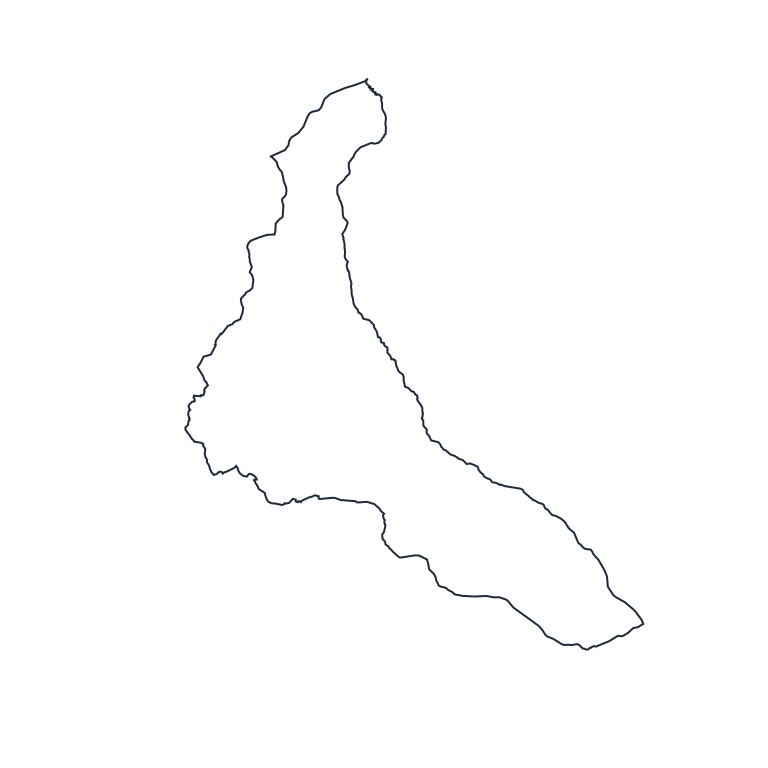 Marga, Caras-Severin, Romania (orthographic projection), rotated 348°
{"feature_id": "2599482B48275868518919", "entity_name": "Marga", "entity_type": "district", "adm_level": 2, "iso_a3": "ROU", "parent_name": "Romania", "parent_adm1": "Caras-Severin", "projection": "orthographic", "projection_center": [22.506, 45.504], "detail": "fine", "context": "isolated", "style": "outline", "palette": "slate", "viewbox_px": 768, "rotation_deg": 348, "n_neighbors": 0, "source": "geoboundaries", "source_scale": "gbopen_adm2", "svg_char_len": 6137}
<svg xmlns="http://www.w3.org/2000/svg" viewBox="0 0 768 768"><g transform="rotate(348 384 384)"><path d="M587.7,672.6L587.1,668.7L583.1,659.8L581.1,656.4L574.1,647.4L566.9,641.1L564.5,638.3L560.8,628.9L562.1,618.6L560.7,611.2L557.2,600.6L553.5,594.2L552.8,591.2L551.8,589.0L546.7,587.2L544.9,585.6L543.0,582.1L541.6,580.7L540.9,579.2L538.9,568.6L536.2,565.6L534.5,563.0L532.3,556.6L529.4,552.8L524.9,548.9L521.7,547.4L520.6,546.2L517.8,540.7L516.6,540.1L515.7,538.6L515.0,535.2L513.2,533.7L510.7,532.5L506.7,528.9L505.5,528.4L504.9,527.0L502.6,524.6L502.3,523.8L498.5,519.1L497.7,516.3L495.8,514.8L481.2,509.1L476.9,506.5L476.4,506.8L473.3,504.1L469.5,502.6L467.9,499.3L465.4,497.8L462.8,495.4L461.8,492.5L460.4,491.2L458.5,487.2L458.7,485.2L457.8,483.8L452.0,479.7L448.4,479.5L445.2,474.8L441.2,472.4L441.0,471.7L437.8,468.8L434.2,466.6L430.7,461.8L428.5,460.4L427.7,458.3L426.7,456.9L426.6,455.0L425.1,452.2L418.4,449.0L417.4,444.3L415.6,441.3L415.8,439.1L416.4,437.8L416.2,436.9L414.5,434.4L413.9,432.4L414.7,428.7L414.7,427.7L413.8,425.6L414.9,424.0L415.3,422.2L415.9,421.6L415.9,418.5L416.5,415.4L415.4,411.2L414.6,410.0L413.1,406.1L414.1,404.4L413.8,403.9L414.1,402.7L413.9,402.0L412.5,400.8L411.5,398.0L409.3,396.7L406.9,392.8L404.2,391.3L403.8,390.0L404.2,388.8L403.9,385.0L404.7,381.4L404.3,378.6L401.1,375.0L399.8,368.6L400.0,366.1L399.7,365.1L400.2,364.1L399.7,362.8L398.9,362.7L398.4,361.7L396.7,361.6L396.2,360.9L396.5,360.3L395.6,356.9L393.8,354.0L394.7,350.6L394.8,349.1L392.8,347.0L392.2,345.4L392.5,344.2L392.2,343.5L390.6,343.2L389.9,342.5L389.8,341.2L390.4,339.8L390.1,338.8L389.1,337.3L387.9,336.9L387.9,332.1L387.1,328.7L386.1,326.8L386.5,324.5L382.9,318.6L377.3,315.8L377.0,313.4L376.1,310.9L374.6,309.0L373.9,308.9L373.6,305.3L372.2,303.3L371.5,301.3L371.0,298.5L371.4,293.2L371.2,293.2L371.0,290.0L371.8,285.1L372.0,281.4L372.9,279.6L373.1,277.3L372.6,273.8L373.0,266.7L372.1,265.5L372.5,264.9L372.0,263.5L372.2,259.9L374.1,256.7L372.4,254.0L372.0,251.4L373.5,246.3L373.7,242.3L374.4,239.7L374.6,235.7L374.3,233.9L374.8,233.2L374.3,228.8L378.2,224.8L382.0,218.9L381.7,217.2L379.0,212.8L379.0,209.6L380.1,202.7L379.7,197.0L378.9,195.0L378.7,191.4L377.9,188.7L378.5,184.8L379.5,181.2L380.3,180.1L387.5,175.9L389.9,173.5L393.8,171.2L394.7,168.6L394.6,165.7L394.9,162.6L395.4,161.8L395.3,160.8L399.4,156.9L401.4,155.6L402.0,154.2L404.9,151.0L410.2,147.6L419.1,146.0L422.0,145.6L424.4,146.9L428.6,147.0L432.3,144.9L433.9,142.7L434.8,142.6L436.3,140.3L437.4,140.1L439.1,134.1L439.5,129.4L441.2,124.4L441.2,120.9L439.4,114.4L440.4,109.4L440.3,105.5L441.4,103.1L440.7,102.8L440.5,101.4L439.8,100.3L438.5,99.6L437.0,99.6L437.2,98.8L436.3,98.2L435.7,98.6L435.5,97.9L436.2,96.8L434.7,96.4L434.1,95.0L433.6,95.1L433.5,94.0L434.4,94.3L434.6,93.3L433.3,93.2L433.8,92.9L432.3,92.1L432.4,91.2L431.8,91.6L430.9,90.7L431.8,89.9L429.5,87.0L429.2,86.0L429.7,83.6L431.6,81.8L428.4,83.9L417.9,85.5L407.3,86.4L391.8,89.2L385.1,92.9L379.8,100.7L376.8,102.7L370.3,102.8L367.4,103.8L364.5,107.0L358.8,115.5L352.1,120.8L344.8,123.5L341.9,126.4L340.2,130.6L335.8,134.6L319.7,138.0L321.2,138.1L325.2,144.6L325.4,149.1L326.3,152.0L328.0,155.0L328.3,159.9L328.1,165.3L329.0,169.9L329.1,172.1L328.8,174.6L327.6,178.2L325.6,180.3L323.7,181.1L322.7,182.1L322.4,185.6L322.7,188.5L319.6,199.5L314.7,201.9L311.4,204.6L309.6,211.6L308.1,215.0L300.9,213.8L293.5,214.5L284.2,216.0L282.3,216.8L280.2,218.7L278.6,221.5L278.6,222.6L279.4,225.2L279.1,226.2L279.4,228.8L278.5,232.0L278.7,234.1L278.2,236.2L279.0,241.4L278.6,242.8L275.9,246.6L277.7,250.5L277.8,255.3L275.2,262.7L272.4,264.5L267.9,265.9L266.3,268.0L265.0,268.4L261.8,270.8L261.4,272.6L261.4,276.7L262.1,279.7L262.0,280.5L260.7,284.3L256.9,290.8L250.1,292.2L248.3,293.9L243.4,294.7L236.9,300.3L235.3,301.4L234.8,300.8L229.4,305.7L228.3,307.2L227.4,310.1L226.9,310.4L227.5,311.1L220.8,319.2L213.2,319.8L209.2,324.8L206.5,327.4L205.2,328.9L208.6,338.4L209.2,343.0L210.7,345.7L211.4,348.8L207.9,351.1L207.3,352.0L206.6,353.1L207.0,354.1L205.1,357.4L202.5,356.9L202.3,357.9L195.6,355.9L194.9,357.7L195.6,359.0L195.2,361.5L193.1,361.5L191.8,362.0L189.6,363.3L188.2,364.9L188.4,367.2L189.1,369.0L187.6,369.7L186.5,371.6L186.1,374.1L186.6,377.3L186.2,377.4L186.3,379.0L185.1,379.7L183.7,383.3L180.7,385.4L180.3,387.2L181.9,391.4L183.0,393.1L184.8,398.0L186.2,399.8L186.4,401.0L192.6,403.3L194.7,404.9L194.2,406.6L195.7,410.6L194.1,414.8L194.2,418.3L195.2,421.4L194.5,423.5L196.1,427.7L196.0,430.2L197.0,434.6L198.5,437.5L201.1,437.4L204.3,435.8L205.9,435.7L207.4,436.8L207.7,438.1L209.7,437.1L211.4,437.1L220.2,434.9L222.4,433.4L223.4,436.0L223.4,438.0L224.5,441.5L227.2,444.6L230.6,446.1L232.9,444.0L233.8,443.9L236.3,445.1L238.8,447.9L239.6,449.7L239.7,451.0L237.2,450.6L236.8,451.2L237.5,452.4L237.7,454.1L239.2,457.9L239.6,460.6L244.8,465.8L244.7,468.1L245.4,472.9L246.6,475.3L249.3,477.3L253.2,478.5L259.3,481.2L261.4,480.7L262.0,480.0L262.9,480.6L266.6,480.5L270.9,477.4L273.6,478.8L273.4,480.8L275.4,481.7L276.0,480.8L277.5,481.4L278.1,482.3L279.5,481.1L286.6,479.4L290.6,479.2L292.8,478.5L294.9,479.1L295.5,479.9L296.8,480.2L296.2,482.4L297.1,483.1L310.5,484.7L313.1,485.7L317.3,488.4L331.9,492.8L332.7,494.0L334.6,494.6L342.6,495.6L349.5,499.4L353.7,505.0L354.7,507.9L357.1,510.9L356.1,511.5L355.7,512.7L355.6,515.1L356.4,517.2L355.8,518.4L355.5,520.8L356.1,522.5L353.0,529.2L351.4,530.2L350.8,531.4L350.4,535.3L352.3,538.5L352.1,541.0L352.8,542.1L354.5,543.5L355.1,545.9L356.4,547.2L357.6,549.5L362.6,556.5L364.7,557.3L378.2,558.0L382.5,559.0L389.5,564.5L389.9,568.6L389.6,574.5L393.2,580.0L394.2,583.3L394.3,587.2L395.7,592.5L396.6,593.5L402.2,596.3L403.9,598.7L408.1,602.3L409.1,604.3L416.5,607.5L428.4,610.7L440.0,612.6L447.3,615.6L452.4,616.5L458.6,620.3L459.8,621.5L464.0,629.5L485.0,652.7L487.8,657.8L489.8,663.0L491.0,664.7L496.7,668.6L504.1,675.8L506.5,676.9L509.1,677.1L513.6,678.4L518.8,678.6L520.8,680.0L523.4,684.1L524.3,684.2L526.4,685.7L528.4,686.2L530.8,684.8L532.0,685.0L533.0,684.3L535.1,684.1L536.6,684.9L550.7,682.4L559.2,679.3L560.8,679.1L563.6,680.1L565.8,680.0L571.1,678.1L577.2,674.5L581.5,674.7L587.7,672.6Z" fill="none" stroke="#1e293b" stroke-width="2"/></g></svg>